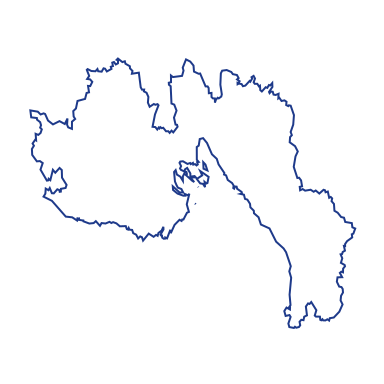 SVG path tracing the border of Khabarovsk, rotated 92°
{"feature_id": "RUS-2614", "entity_name": "Khabarovsk", "entity_type": "Territory", "adm_level": 1, "iso_a3": "RUS", "parent_name": "Russia", "parent_adm1": "", "projection": "robinson", "projection_center": [136.924, 54.6], "detail": "fine", "context": "isolated", "style": "outline", "palette": "blue", "viewbox_px": 384, "rotation_deg": 92, "n_neighbors": 0, "source": "natural_earth", "source_scale": "10m", "svg_char_len": 5925}
<svg xmlns="http://www.w3.org/2000/svg" viewBox="0 0 384 384"><g transform="rotate(92 192 192)"><path d="M128.5,321.5L122.9,319.0L129.1,319.2L131.7,318.0L133.1,314.2L125.9,314.4L123.1,311.3L120.7,312.9L115.3,313.5L112.6,310.9L105.0,309.6L102.7,302.1L96.7,300.8L96.0,298.4L89.6,299.6L89.7,297.4L85.4,295.5L83.0,297.8L82.7,300.7L79.6,298.8L73.6,301.4L72.8,300.6L74.6,296.8L74.7,292.7L72.4,290.8L74.6,290.0L74.9,286.5L71.5,284.7L71.8,283.2L74.5,281.3L71.8,276.8L69.7,277.5L68.9,275.4L65.5,276.2L64.8,274.5L67.2,272.6L66.0,270.5L63.1,270.5L62.5,271.9L61.2,270.7L64.6,266.1L63.7,263.7L66.1,263.0L68.5,258.5L70.6,258.3L73.1,255.7L75.9,256.2L74.6,249.3L89.2,246.9L91.5,245.5L91.3,243.4L93.1,243.6L94.4,240.9L98.5,238.9L104.2,239.2L108.3,237.3L105.4,233.2L106.1,231.7L105.4,229.5L106.5,228.5L115.8,231.7L128.2,233.7L128.4,230.9L130.8,228.9L128.7,227.5L129.6,226.7L128.3,225.9L129.3,224.4L128.8,223.0L132.2,220.1L132.1,217.8L133.7,216.4L131.4,214.6L133.1,212.8L127.3,208.7L125.4,209.3L125.2,210.8L118.3,212.6L111.2,210.3L105.3,212.8L104.3,215.6L87.0,217.0L85.6,218.8L83.6,219.0L83.0,216.8L76.3,217.1L77.8,215.1L76.3,206.0L71.0,204.7L68.1,205.6L59.7,202.6L61.7,198.3L65.6,194.9L71.6,194.2L73.6,189.5L73.3,188.0L86.0,182.1L85.9,180.1L87.5,179.0L92.7,178.6L92.3,176.0L96.4,175.8L97.7,174.4L97.7,172.4L101.9,172.2L98.9,171.3L96.9,169.6L97.5,168.5L95.6,166.1L93.4,165.6L83.8,167.4L72.4,167.3L69.7,166.1L68.9,161.6L70.7,156.9L72.8,155.3L73.5,151.2L76.5,149.4L77.9,150.9L79.6,148.3L81.5,149.3L81.2,150.3L82.7,150.2L82.0,149.0L82.4,146.2L84.5,144.8L83.8,142.4L79.0,138.3L79.7,137.6L76.5,135.8L75.2,136.5L73.8,134.5L76.4,133.0L80.2,134.2L81.7,133.1L81.6,130.5L84.1,128.8L83.4,127.8L87.8,127.3L89.1,125.7L84.7,122.0L85.3,120.4L82.4,118.8L82.8,117.6L80.3,115.6L84.2,115.3L89.3,118.5L90.5,117.9L88.8,116.5L89.0,114.8L91.8,113.9L92.1,111.8L90.8,108.9L95.4,109.0L94.7,108.1L97.9,105.7L97.2,102.8L98.5,100.7L101.8,100.9L102.8,98.8L102.0,98.2L102.3,96.4L111.6,92.8L121.2,93.2L128.6,95.5L131.7,94.2L133.7,95.9L138.9,96.1L142.6,90.6L147.8,87.7L152.8,89.8L163.3,91.2L174.3,87.2L174.0,85.5L176.6,83.4L182.5,82.2L183.1,84.5L186.5,84.0L185.2,81.5L186.7,79.0L185.6,73.5L187.5,70.4L186.2,68.4L189.1,64.7L185.2,60.6L185.6,59.2L187.6,58.5L186.8,56.3L193.0,54.7L192.1,53.2L193.5,51.7L196.3,52.2L199.0,49.7L205.8,49.0L207.6,45.7L211.8,42.1L212.4,39.2L216.6,37.8L217.5,31.2L221.7,30.5L222.8,27.6L228.0,29.3L228.7,30.8L231.8,30.3L235.7,35.3L238.7,37.2L240.7,37.1L240.6,38.3L245.3,37.1L246.7,39.3L248.7,39.8L249.1,41.3L253.0,39.5L257.6,40.7L259.6,36.9L260.9,36.5L263.3,38.3L267.0,38.3L266.4,40.0L267.7,41.4L271.9,39.0L272.2,43.6L276.6,44.1L281.4,41.6L281.8,39.3L283.7,38.0L287.2,37.6L290.5,39.4L295.2,39.7L299.1,37.6L306.5,40.6L312.5,45.9L313.3,49.9L315.7,50.5L314.5,52.3L315.7,54.2L315.7,56.5L314.6,57.2L315.7,58.3L315.3,59.3L312.1,59.8L312.2,63.8L311.2,65.0L305.8,63.6L297.8,69.0L299.8,70.6L299.3,72.1L302.5,74.2L311.3,72.8L312.7,75.5L316.2,76.1L315.9,78.3L318.0,80.0L321.4,79.2L323.2,80.4L324.0,83.1L323.1,84.4L324.3,85.4L323.6,90.0L320.1,91.1L313.4,89.1L311.6,90.3L312.6,94.1L307.8,95.6L304.2,93.5L306.0,90.0L303.9,90.0L303.8,91.0L301.6,89.6L291.2,90.9L274.2,89.9L267.9,92.0L262.7,90.7L248.9,95.9L245.2,98.5L238.7,106.2L225.7,113.3L222.1,122.0L214.9,124.6L211.1,129.3L208.5,129.6L205.3,133.1L201.8,133.6L197.7,136.4L197.0,138.8L192.9,140.0L192.2,143.5L191.7,142.0L190.2,142.4L187.2,147.0L185.1,147.6L185.0,149.2L187.2,150.0L186.6,150.9L184.2,150.6L181.7,152.2L178.7,156.7L174.2,158.5L173.4,160.6L171.9,160.3L163.5,166.4L158.0,168.4L153.6,173.4L142.5,178.7L137.8,182.8L138.8,186.1L145.4,186.9L146.9,188.8L159.6,188.3L161.7,186.4L162.0,187.9L164.3,187.2L165.3,188.4L164.0,190.0L164.6,191.7L162.9,192.1L164.2,194.2L163.1,194.9L164.1,197.5L161.6,202.1L162.0,204.8L163.3,205.5L166.5,203.8L168.9,204.8L170.2,203.9L171.9,200.0L169.7,199.9L168.1,197.7L173.5,194.3L179.1,194.1L175.0,199.0L174.2,197.7L172.1,198.3L172.3,199.7L176.8,201.7L181.2,201.5L177.1,204.2L175.1,207.7L170.7,209.1L172.6,210.6L182.1,209.4L185.9,207.6L188.1,206.3L189.4,202.7L192.8,200.8L192.9,204.4L187.0,211.4L190.6,211.0L194.1,206.4L196.0,200.5L195.9,198.6L194.2,199.2L195.5,195.7L193.8,194.6L204.5,196.8L212.0,194.4L212.9,196.3L219.8,199.6L219.8,200.8L221.3,201.4L220.2,203.5L225.5,208.3L234.0,211.8L231.6,211.5L231.3,212.6L239.2,215.3L238.4,217.1L239.5,217.1L239.7,218.6L238.6,220.2L235.7,220.6L237.0,220.9L235.8,222.0L230.4,219.2L227.8,219.4L231.6,221.0L234.1,224.1L237.0,224.8L236.1,226.4L238.1,228.8L235.1,233.8L242.3,239.2L239.0,240.4L238.2,242.2L240.3,244.2L236.6,246.3L235.2,249.3L232.0,250.5L231.8,253.2L230.2,254.0L231.8,254.6L231.4,255.8L228.4,257.0L228.8,262.9L226.0,266.4L224.9,269.8L225.8,271.5L224.7,273.4L226.5,277.3L226.2,281.3L229.0,282.8L224.5,287.1L226.5,289.2L227.1,293.5L225.1,299.5L223.4,299.7L224.3,299.9L223.8,303.7L222.8,303.9L223.6,304.8L221.5,305.5L224.5,305.9L221.5,310.8L221.0,317.3L205.7,331.7L201.8,340.2L198.8,338.5L193.7,338.3L195.2,335.5L193.0,334.3L198.1,332.0L198.2,330.1L194.0,326.7L194.8,324.5L196.4,324.2L196.2,323.1L193.4,323.1L192.4,318.5L189.3,317.6L182.2,322.4L174.6,322.9L172.6,325.2L177.5,329.3L174.7,331.8L185.1,334.0L183.8,335.7L185.4,336.0L185.7,337.4L174.9,344.2L168.3,342.2L166.4,345.1L166.8,348.1L160.5,353.0L154.6,353.5L151.3,351.6L149.1,353.0L145.2,350.5L145.8,349.6L139.3,350.3L140.3,347.6L138.3,345.4L134.6,344.3L133.0,346.0L130.5,345.2L127.5,346.2L125.1,349.4L123.5,349.6L123.0,355.3L116.1,356.4L117.1,348.9L119.8,346.0L118.6,343.0L119.2,341.5L125.6,338.4L129.3,333.3L125.8,326.9L128.5,321.5ZM181.4,179.8L186.7,179.1L183.5,181.3L183.1,184.1L178.8,187.7L175.0,182.4L170.8,184.5L176.3,175.9L182.5,176.9L183.0,177.9L181.4,179.8ZM169.9,177.4L168.3,181.3L161.8,181.8L164.1,179.5L169.9,177.4ZM178.7,193.1L182.0,190.1L180.4,192.7L178.7,193.1ZM177.2,188.8L177.5,192.4L176.4,192.5L176.0,190.0L177.2,188.8ZM186.5,186.1L187.0,185.8L186.5,186.1ZM203.5,188.6L203.7,188.2L204.0,188.0L203.5,188.6Z" fill="none" stroke="#1e3a8a" stroke-width="2"/></g></svg>